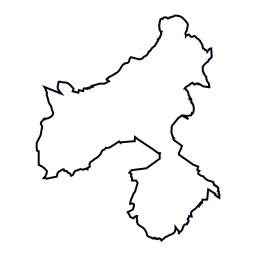 the district of Tepanco de López, Puebla, Mexico
{"feature_id": "50627088B19100619520269", "entity_name": "Tepanco de López", "entity_type": "district", "adm_level": 2, "iso_a3": "MEX", "parent_name": "Mexico", "parent_adm1": "Puebla", "projection": "orthographic", "projection_center": [-97.537, 18.553], "detail": "fine", "context": "isolated", "style": "outline", "palette": "ink", "viewbox_px": 256, "rotation_deg": 0, "n_neighbors": 0, "source": "geoboundaries", "source_scale": "gbopen_adm2", "svg_char_len": 5764}
<svg xmlns="http://www.w3.org/2000/svg" viewBox="0 0 256 256"><path d="M209.5,48.9L207.3,51.9L207.0,50.7L205.1,50.0L204.3,48.8L203.1,48.4L202.5,46.7L202.4,44.8L200.5,41.9L200.2,41.0L198.0,38.9L196.7,38.0L194.9,36.1L194.1,36.0L192.8,36.7L192.0,36.8L191.0,36.7L190.4,36.4L189.6,35.2L188.7,34.4L187.3,35.0L186.2,35.7L185.9,36.1L185.9,35.0L185.5,34.5L185.4,33.3L186.0,31.6L186.7,30.8L186.9,30.1L187.9,24.5L187.2,23.0L184.5,19.7L182.0,17.4L179.2,16.0L177.9,15.9L175.7,15.4L174.9,15.6L174.0,16.3L172.3,16.6L172.2,16.9L171.3,17.0L170.8,17.4L169.4,17.5L169.0,18.2L168.1,18.6L167.2,17.9L166.2,17.6L165.9,17.3L163.9,17.5L162.8,18.3L162.7,18.9L162.6,19.0L162.0,18.7L161.2,18.8L160.3,19.7L160.1,21.0L159.6,22.3L159.5,24.3L159.1,25.3L159.5,27.4L159.3,28.7L159.7,29.1L160.0,30.6L161.0,31.5L161.6,31.7L161.0,32.4L161.3,33.8L160.7,35.1L160.7,35.7L159.9,36.8L159.9,37.4L159.3,38.6L158.5,38.7L157.7,39.5L158.1,40.7L157.1,41.8L156.6,42.8L156.4,43.5L155.7,44.2L155.3,45.1L154.7,45.9L152.1,48.0L150.3,50.6L148.7,51.6L148.6,52.3L147.0,54.9L145.7,55.9L144.3,56.5L143.6,57.1L143.0,57.8L142.1,58.5L139.9,59.3L139.1,59.3L130.9,57.2L129.9,58.4L128.7,62.1L127.5,63.0L124.7,63.4L124.4,63.6L124.3,64.0L122.8,64.8L121.5,66.9L121.0,67.3L120.7,68.2L118.9,70.8L117.3,72.5L115.9,73.0L115.5,73.6L114.6,74.0L112.8,75.2L109.0,77.0L108.6,77.6L106.7,78.9L106.5,79.3L106.7,79.8L108.2,80.5L108.8,80.9L109.1,81.3L104.4,83.7L101.9,83.6L99.1,83.8L92.8,85.7L93.1,86.7L92.6,87.0L91.8,85.8L91.5,85.9L90.5,87.6L89.9,87.5L89.7,88.0L89.0,87.8L88.9,88.5L87.1,88.0L86.9,88.9L84.5,88.3L83.7,88.5L83.1,91.1L78.9,90.1L78.3,92.7L72.7,91.3L73.6,88.7L70.4,85.3L70.4,85.1L68.4,83.6L66.4,82.6L63.0,82.4L60.2,81.7L58.7,81.8L58.4,82.3L58.3,83.7L57.7,86.4L57.6,87.3L57.8,88.6L58.8,90.5L61.3,93.7L44.5,87.0L45.1,88.0L47.0,92.8L46.7,94.1L46.8,95.6L47.5,97.3L48.6,101.7L49.5,103.8L51.2,106.3L51.9,109.9L52.6,111.3L53.1,113.0L53.0,114.1L52.7,114.9L51.3,116.5L48.7,118.0L46.3,118.7L45.2,118.6L44.9,119.3L44.1,118.8L40.9,122.6L40.9,123.9L42.2,126.8L41.2,131.8L41.2,132.6L40.5,135.6L39.7,137.0L36.7,143.0L36.6,147.9L37.0,149.1L36.8,149.9L36.9,150.6L38.7,151.3L38.7,164.7L42.6,166.9L44.4,168.3L46.5,170.5L46.8,171.1L46.9,171.7L46.5,173.9L45.3,176.4L44.4,177.4L44.0,177.6L43.6,178.2L44.4,178.3L45.7,178.0L46.6,178.7L56.8,176.6L57.6,173.0L58.7,171.8L62.6,169.4L63.7,169.3L64.2,170.8L65.6,171.0L66.2,170.9L66.8,171.1L67.3,171.5L67.3,171.9L67.6,172.5L68.7,173.2L69.3,173.1L69.8,173.4L70.3,174.0L70.9,175.7L71.1,175.8L72.5,175.1L72.9,174.8L74.5,171.7L75.1,171.0L75.9,170.7L77.2,170.4L78.7,169.8L79.1,169.5L80.5,169.2L83.5,169.7L85.6,168.6L86.2,169.0L86.8,168.8L87.4,169.4L87.6,169.4L87.6,168.2L87.8,167.8L88.2,167.5L89.7,166.8L89.8,165.7L89.4,164.3L90.5,162.0L92.7,160.7L92.8,160.4L93.9,159.7L94.7,158.8L96.4,158.1L98.5,156.4L100.6,153.9L101.8,151.5L102.3,150.6L102.9,150.2L104.2,149.6L105.3,148.7L106.0,147.7L107.4,147.9L109.2,147.6L111.3,146.5L119.2,141.4L120.6,143.0L121.2,142.3L134.1,141.2L134.6,141.3L135.1,137.0L137.3,138.9L153.1,149.4L159.0,153.7L159.8,153.0L160.0,153.1L159.7,153.5L159.7,158.7L146.4,168.3L131.5,170.2L129.3,172.8L131.1,173.9L131.0,174.2L131.4,174.8L131.2,175.3L131.1,176.5L132.1,177.7L132.0,180.5L136.3,180.6L137.6,183.0L135.1,191.6L134.2,192.6L133.1,194.2L132.8,195.5L130.9,199.9L130.0,203.8L130.1,204.0L132.2,203.4L133.7,204.0L134.0,205.0L134.0,205.9L132.9,209.5L127.6,212.2L129.1,214.2L130.3,217.0L131.8,217.6L132.9,218.2L133.4,218.3L134.9,216.7L136.2,216.1L137.1,216.0L136.8,217.4L136.8,218.8L136.8,219.7L137.3,220.6L136.9,222.1L137.6,223.1L137.8,224.2L139.9,225.8L142.6,227.4L144.8,229.5L146.2,232.2L147.2,235.3L147.8,236.1L148.9,236.7L151.3,237.6L152.4,238.3L152.9,238.5L153.2,238.2L153.6,238.2L154.3,237.7L154.8,237.7L155.0,238.0L154.8,238.5L155.5,238.6L156.4,238.9L156.7,238.7L156.8,239.0L157.5,239.2L157.9,238.7L158.5,238.6L158.9,238.3L159.3,238.7L160.3,238.8L160.7,239.1L161.5,240.6L165.4,237.1L167.0,236.5L168.5,235.5L172.3,234.0L173.9,232.8L174.5,232.2L175.0,231.2L175.5,229.2L175.5,227.1L176.8,229.0L178.7,231.0L178.8,231.5L178.8,234.1L179.4,232.5L181.3,230.9L182.3,229.5L182.9,227.4L183.9,225.3L184.7,224.6L186.5,224.2L186.9,224.3L187.4,222.7L188.2,222.5L188.6,220.7L187.7,219.2L187.7,218.8L189.0,217.1L189.2,216.0L190.4,216.4L191.7,216.5L191.0,214.1L191.4,211.8L192.5,210.7L195.8,208.4L197.9,205.9L198.8,206.4L199.1,204.6L200.0,204.8L200.3,203.2L201.1,203.4L201.1,202.5L202.0,202.7L202.5,199.7L207.2,199.6L207.5,196.3L208.2,189.3L215.3,193.8L214.9,194.9L219.3,197.9L219.4,194.5L218.5,193.9L218.9,191.8L217.9,191.1L218.4,189.1L218.0,188.6L218.2,187.7L217.3,187.0L217.3,186.7L216.4,186.0L215.5,185.5L215.5,185.8L213.8,184.7L214.0,184.1L213.2,182.7L213.3,182.0L207.7,180.3L204.8,178.2L203.3,176.4L200.6,175.5L198.2,173.7L198.4,171.8L199.3,170.8L197.3,170.0L198.2,166.6L193.2,164.7L178.8,154.5L179.1,152.7L180.9,148.8L182.0,145.8L173.9,140.1L173.0,137.5L173.4,137.5L172.8,136.9L171.4,132.4L171.8,126.1L178.3,118.0L180.4,116.7L181.6,115.5L182.1,115.7L186.2,117.8L188.4,119.2L184.7,115.7L186.6,116.0L188.5,115.7L190.3,115.3L191.2,115.3L191.9,113.0L192.7,113.4L193.2,112.6L193.9,109.5L193.7,108.6L193.8,107.6L193.0,104.1L192.1,103.2L191.8,103.3L191.3,102.4L191.7,102.3L191.1,100.6L189.6,99.1L191.0,98.9L189.7,97.1L189.5,96.3L189.2,96.3L188.5,94.6L188.5,93.7L187.8,91.8L187.3,90.8L186.4,90.3L185.6,88.6L184.7,88.6L185.7,87.1L189.2,85.1L189.7,84.5L192.3,82.7L193.3,83.4L193.9,84.3L194.8,84.7L195.0,84.5L194.8,84.3L194.9,84.0L195.7,84.0L197.1,83.4L198.1,84.1L198.2,83.9L198.7,84.3L199.1,83.8L203.1,86.3L210.1,87.4L209.0,86.6L209.0,84.1L208.4,82.9L207.1,81.3L206.2,78.0L206.4,77.2L204.4,74.4L204.2,73.7L203.7,73.5L203.7,72.6L202.9,71.6L202.9,69.7L202.7,69.2L202.7,67.3L203.3,65.9L205.1,63.8L208.3,61.2L208.7,59.8L210.6,58.3L211.7,57.0L211.2,48.4L209.5,48.9Z" fill="none" stroke="#020617" stroke-width="2"/></svg>